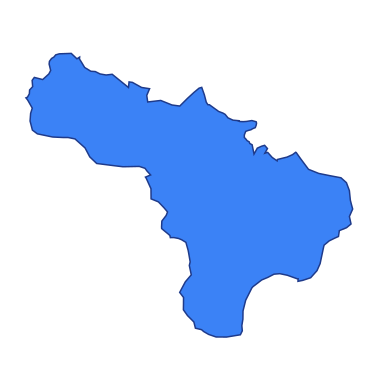 Dalaba, Dalaba, Guinea, rotated 86°
{"feature_id": "49546643B54901917722686", "entity_name": "Dalaba", "entity_type": "district", "adm_level": 2, "iso_a3": "GIN", "parent_name": "Guinea", "parent_adm1": "Dalaba", "projection": "orthographic", "projection_center": [-12.176, 10.89], "detail": "fine", "context": "isolated", "style": "filled", "palette": "blue", "viewbox_px": 384, "rotation_deg": 86, "n_neighbors": 0, "source": "geoboundaries", "source_scale": "gbopen_adm2", "svg_char_len": 2303}
<svg xmlns="http://www.w3.org/2000/svg" viewBox="0 0 384 384"><g transform="rotate(86 192 192)"><path d="M235.0,35.6L227.4,36.7L220.2,32.9L215.2,33.9L211.3,34.6L201.6,34.9L193.5,37.3L188.2,42.4L185.2,53.8L182.3,64.3L177.5,74.2L173.6,76.7L166.6,81.2L159.9,85.3L159.6,85.8L161.7,89.0L163.8,94.7L165.5,104.5L166.9,104.9L163.1,109.6L157.8,113.7L157.9,114.6L158.4,116.6L153.9,113.7L150.5,116.3L151.2,119.5L152.8,123.8L158.5,127.5L149.1,128.7L147.6,131.0L145.9,131.5L144.7,133.4L142.6,134.8L141.3,136.0L138.7,135.8L135.3,134.2L134.6,131.9L134.0,128.8L133.1,127.1L132.2,124.4L129.8,123.3L127.8,122.8L126.4,123.1L124.9,127.3L125.4,132.6L125.4,136.0L125.1,138.7L125.0,139.5L124.6,140.4L124.3,139.3L123.2,146.1L120.5,151.0L116.9,153.5L115.5,155.5L113.5,159.8L106.2,168.5L106.0,170.1L103.4,171.5L95.9,172.9L88.3,175.0L88.9,177.7L92.8,183.1L98.3,190.0L105.4,198.2L103.8,205.9L98.5,216.8L99.1,229.9L92.5,230.4L86.0,227.1L84.2,235.0L78.5,243.8L77.8,247.1L83.3,248.1L69.0,263.4L69.3,269.5L67.8,275.5L65.1,280.1L64.5,284.5L60.3,290.4L54.8,293.2L50.7,295.4L50.5,294.8L49.6,294.7L51.1,297.5L45.3,302.8L44.9,314.8L45.7,318.4L47.8,320.4L49.0,322.8L51.7,325.1L54.4,325.6L60.9,324.5L64.3,326.6L69.4,333.1L66.7,341.3L69.5,343.7L75.8,343.6L78.9,346.9L82.7,347.4L85.9,349.5L86.5,351.1L88.8,349.5L97.2,345.5L102.3,347.5L109.9,348.6L119.1,346.9L123.2,342.2L127.4,327.3L128.6,317.2L129.0,311.8L130.9,305.0L140.6,295.6L149.9,291.5L156.9,285.1L160.3,268.0L162.0,259.1L162.8,242.8L165.1,237.2L168.0,235.4L172.1,232.1L173.9,237.4L175.1,236.7L185.9,232.7L196.0,233.3L199.5,226.2L205.8,221.0L210.2,217.8L213.6,219.4L218.9,224.1L224.7,224.8L226.4,224.8L233.8,217.1L236.0,216.8L236.2,213.6L236.2,213.2L237.4,208.7L238.9,205.7L241.8,201.6L250.0,199.9L253.6,199.5L261.6,198.7L265.1,199.8L274.6,198.5L281.1,204.9L291.3,211.3L296.6,207.8L303.1,208.3L308.9,208.8L315.0,205.1L321.8,199.2L328.1,198.1L330.0,192.1L332.0,190.1L335.2,185.4L338.3,178.1L339.1,167.6L337.8,153.7L334.0,151.5L328.8,151.6L322.4,150.1L314.2,149.4L303.7,146.0L291.9,139.0L290.7,137.8L284.6,128.6L282.5,122.4L279.7,115.9L279.6,110.1L281.7,102.7L286.0,92.9L286.0,92.2L288.5,92.5L287.9,87.8L285.8,79.6L279.2,72.8L272.4,69.2L255.9,64.5L254.2,63.9L250.3,58.5L248.1,53.1L246.6,49.0L240.8,47.7L238.4,40.3L235.0,35.6Z" fill="#3b82f6" stroke="#1e3a8a" stroke-width="1.5"/></g></svg>